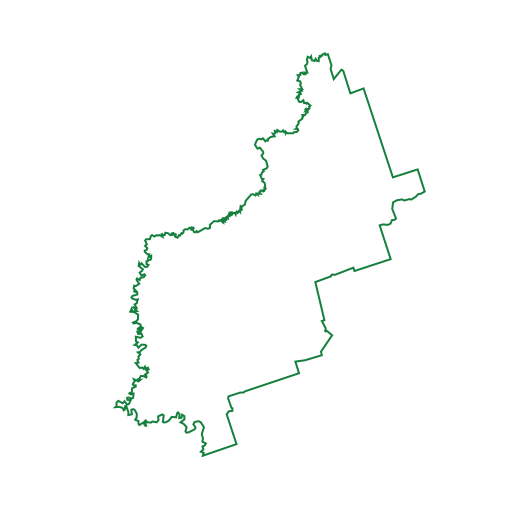 Swan Hill, Victoria, Australia (orthographic projection), rotated 252°
{"feature_id": "25037944B58383707208646", "entity_name": "Swan Hill", "entity_type": "district", "adm_level": 2, "iso_a3": "AUS", "parent_name": "Australia", "parent_adm1": "Victoria", "projection": "orthographic", "projection_center": [143.117, -35.101], "detail": "fine", "context": "isolated", "style": "outline", "palette": "green", "viewbox_px": 512, "rotation_deg": 252, "n_neighbors": 0, "source": "geoboundaries", "source_scale": "gbopen_adm2", "svg_char_len": 6100}
<svg xmlns="http://www.w3.org/2000/svg" viewBox="0 0 512 512"><g transform="rotate(252 256 256)"><path d="M82.5,143.7L83.1,179.3L114.4,179.2L116.7,182.0L116.0,185.7L118.5,186.5L119.2,185.7L129.3,185.5L131.0,186.5L131.0,198.7L130.0,202.1L130.7,203.6L131.2,260.7L143.4,260.8L141.7,270.4L141.3,287.9L145.0,288.3L157.1,303.9L162.7,300.4L162.7,299.0L163.5,298.5L164.4,299.7L166.7,299.8L173.8,298.5L173.8,301.2L212.9,304.4L213.5,321.1L214.6,321.8L214.7,323.4L213.7,324.9L214.8,345.0L211.3,345.0L211.4,383.1L246.9,383.1L246.8,386.5L244.9,390.9L245.2,393.9L248.1,396.4L247.6,398.9L248.4,400.8L258.6,400.1L264.6,402.9L265.5,407.0L264.7,412.4L263.0,414.1L262.7,419.6L261.7,421.1L263.1,426.6L264.6,429.0L264.3,432.0L265.2,436.4L288.4,436.5L288.5,410.5L382.1,410.1L381.5,396.0L405.2,396.2L406.8,394.8L400.2,384.6L411.0,384.8L413.9,386.7L425.8,386.7L425.8,384.1L427.4,384.1L427.1,381.3L426.2,380.9L426.5,378.6L425.5,378.9L425.2,377.0L421.9,375.8L422.8,374.2L425.1,373.6L423.4,372.0L425.0,369.6L428.8,370.1L427.7,368.6L429.5,366.7L426.7,365.0L424.5,365.0L422.8,363.7L421.8,361.4L414.6,361.5L415.4,359.2L413.9,359.7L413.6,358.9L414.3,357.4L416.2,356.6L416.2,354.6L414.6,354.2L415.1,351.6L413.2,352.2L410.1,349.5L408.5,351.9L406.5,352.1L405.1,350.8L400.4,351.5L401.1,349.0L398.9,350.5L398.6,346.7L397.2,348.6L396.2,348.7L396.1,346.7L395.2,346.5L395.0,344.6L393.8,343.5L393.4,345.5L391.8,344.3L389.4,344.6L388.5,346.6L389.5,349.2L386.6,349.0L386.2,350.9L385.3,351.1L385.7,352.2L382.1,354.2L381.5,352.6L380.0,352.6L379.2,351.3L380.6,349.5L380.2,348.4L379.4,348.9L378.4,347.6L378.0,349.9L376.6,349.5L376.5,348.0L375.0,346.3L375.7,343.7L374.0,344.0L373.7,342.9L372.3,342.5L370.7,337.8L368.9,337.6L366.6,334.4L364.6,334.4L364.5,333.3L363.5,335.2L362.2,334.9L361.4,333.1L362.0,330.1L361.3,329.2L362.9,324.0L364.2,323.1L363.3,322.0L365.7,322.2L365.5,320.7L366.9,320.5L366.2,319.8L366.8,317.2L369.2,315.2L367.5,314.4L369.1,312.6L366.9,312.3L366.5,311.1L367.2,309.8L364.1,310.7L364.7,307.0L363.6,303.7L362.0,302.8L362.8,301.7L362.2,300.3L365.8,299.0L365.3,297.2L366.6,295.1L366.4,293.3L363.9,290.8L362.0,289.4L357.6,290.6L357.9,293.1L352.8,295.0L351.1,294.5L350.0,292.3L346.4,293.0L343.5,295.0L337.5,294.8L336.1,293.3L335.7,289.3L334.2,289.6L333.4,287.3L331.8,286.5L331.7,284.9L327.5,285.4L326.9,286.8L325.3,285.0L322.9,286.8L319.6,286.4L318.6,285.1L317.3,286.1L316.1,284.7L316.6,283.7L315.2,283.6L315.1,282.7L316.9,281.0L315.8,279.0L313.7,279.7L315.2,276.1L313.9,276.3L315.0,275.3L313.8,274.2L315.7,272.2L316.0,270.5L311.6,263.2L308.4,261.3L307.3,257.4L308.1,256.8L306.0,255.7L305.9,256.8L304.9,256.0L304.7,257.6L303.8,254.6L302.8,254.4L304.1,253.8L302.8,252.0L303.9,251.6L303.0,250.9L303.6,250.1L301.9,249.4L303.4,249.0L304.1,247.3L302.3,245.4L303.1,244.2L305.2,246.0L305.5,244.3L303.1,242.3L303.0,243.5L302.0,243.2L302.6,241.1L301.9,239.1L301.1,239.3L301.0,241.0L300.1,240.8L301.7,237.3L299.6,238.2L299.8,236.7L298.5,236.9L299.4,235.6L297.8,235.2L299.3,234.2L300.1,235.4L301.5,235.4L300.7,232.3L301.3,231.8L300.5,231.0L302.1,226.8L299.9,221.8L296.9,220.9L296.8,218.7L298.3,216.3L296.6,208.0L298.0,207.2L297.2,206.3L297.8,204.5L300.5,204.1L300.8,203.3L301.8,205.4L302.3,205.1L303.0,203.8L302.0,203.8L302.0,202.7L303.4,201.3L302.4,199.3L303.3,196.9L302.8,195.1L300.9,194.3L300.0,192.8L300.7,192.2L298.9,190.0L299.6,189.2L297.7,187.0L299.5,185.0L301.1,186.1L300.7,187.0L301.6,186.2L301.8,184.0L303.3,184.5L303.5,182.8L302.0,182.6L302.3,181.0L305.0,179.2L306.1,177.0L304.1,175.5L305.1,173.6L306.8,173.1L303.1,173.1L305.8,170.6L305.6,169.2L306.6,167.8L305.9,165.6L308.0,163.6L307.3,162.0L304.8,160.4L305.9,156.6L304.9,155.3L300.9,155.8L299.9,153.6L297.0,155.1L295.7,154.0L295.5,151.8L294.5,151.5L291.3,153.3L290.6,155.0L287.9,153.2L288.6,156.4L285.9,155.5L285.0,154.5L285.7,152.3L284.5,151.4L284.9,150.3L282.1,149.4L280.8,151.0L279.3,149.1L279.9,147.1L284.5,144.8L283.5,143.7L283.7,142.7L285.2,142.6L282.8,141.3L278.4,144.3L277.2,143.3L276.2,140.2L273.0,141.0L273.1,144.2L271.9,144.6L270.5,142.6L271.0,139.4L269.1,138.0L271.4,136.0L270.4,135.0L265.6,136.3L264.5,132.2L265.4,131.0L263.1,129.6L259.8,131.1L260.3,128.5L258.2,131.8L256.1,131.3L256.2,126.1L255.1,124.7L253.7,125.2L251.4,128.3L251.3,130.2L247.9,127.9L247.5,125.6L243.4,126.4L243.5,124.8L246.0,123.0L240.5,125.9L241.6,121.2L244.2,121.3L241.9,119.2L240.3,122.9L236.6,125.8L232.2,124.1L231.0,122.0L230.7,118.4L229.7,118.7L229.2,122.0L226.5,125.0L224.4,124.5L223.4,121.1L222.6,120.8L221.8,122.7L223.7,125.2L222.4,126.3L219.7,122.8L220.5,119.8L218.3,119.8L217.6,123.1L214.5,123.3L213.9,120.8L216.4,116.8L212.1,115.5L210.3,116.9L208.9,113.2L208.0,115.1L205.1,115.9L207.1,119.8L205.7,123.2L204.5,123.9L203.1,122.8L201.8,117.5L200.5,116.0L200.8,114.0L198.1,115.6L196.7,113.1L194.4,112.7L193.7,111.0L190.9,111.3L191.3,108.5L185.4,110.8L185.1,113.3L183.2,114.3L185.0,116.2L182.7,116.3L183.3,118.6L181.4,118.9L181.3,116.4L178.5,117.3L177.5,113.8L175.4,114.8L174.4,114.1L176.8,111.5L177.4,109.3L175.4,107.2L175.2,105.6L174.2,105.9L173.9,107.6L173.0,105.5L176.5,101.8L174.4,102.0L172.2,99.2L170.9,99.5L170.2,101.6L169.0,101.3L168.4,97.2L164.7,95.7L164.5,93.1L163.1,93.9L163.0,97.0L159.0,95.3L159.0,93.3L160.7,91.3L160.9,89.5L158.9,89.3L157.5,92.2L154.6,89.5L154.6,87.4L158.5,86.1L157.1,83.8L160.8,80.2L159.5,77.9L156.5,77.1L155.7,75.5L154.7,79.6L152.6,82.2L150.1,82.5L150.5,83.8L153.7,85.2L153.7,86.2L146.9,86.4L144.2,85.4L143.8,89.0L148.3,89.9L148.3,91.9L147.2,93.0L142.9,93.9L139.5,92.7L137.6,90.5L135.3,93.2L132.4,92.3L131.3,92.9L132.4,97.4L128.8,98.2L128.5,99.0L133.3,99.2L133.7,100.4L131.5,101.0L130.0,104.8L130.6,106.4L128.5,110.2L130.1,112.6L133.7,113.3L134.3,117.7L133.0,119.0L127.1,116.2L126.2,116.8L125.7,119.4L126.6,122.7L129.0,126.1L127.3,130.2L130.8,132.4L131.3,133.6L129.0,134.4L125.7,132.9L125.2,135.1L127.9,136.7L125.8,138.4L122.7,137.4L121.1,132.8L118.7,135.3L114.7,137.1L111.0,134.7L109.6,135.1L109.1,137.7L110.2,144.3L111.8,145.5L115.3,144.4L117.1,146.3L116.7,150.2L115.1,152.0L109.3,153.6L103.4,149.4L98.5,149.1L96.0,147.6L93.2,150.4L91.5,148.3L91.4,146.2L88.4,146.3L86.9,143.1L85.0,145.4L82.5,143.7Z" fill="none" stroke="#15803d" stroke-width="2"/></g></svg>